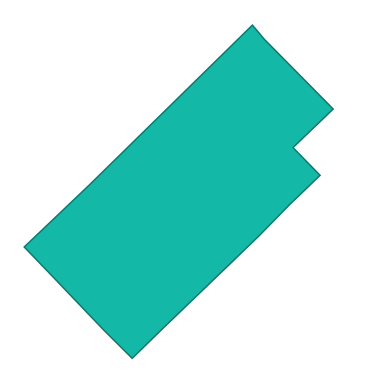 the district of Taylor, Wisconsin, United States of America, rotated 316°
{"feature_id": "52423323B25022971195144", "entity_name": "Taylor", "entity_type": "district", "adm_level": 2, "iso_a3": "USA", "parent_name": "United States of America", "parent_adm1": "Wisconsin", "projection": "robinson", "projection_center": [-90.47, 45.206], "detail": "fine", "context": "isolated", "style": "filled", "palette": "teal", "viewbox_px": 384, "rotation_deg": 316, "n_neighbors": 0, "source": "geoboundaries", "source_scale": "gbopen_adm2", "svg_char_len": 346}
<svg xmlns="http://www.w3.org/2000/svg" viewBox="0 0 384 384"><g transform="rotate(316 192 192)"><path d="M351.2,230.4L350.1,132.4L351.4,113.9L121.9,115.6L33.1,115.0L33.0,153.9L32.6,230.5L33.4,270.1L78.0,269.9L165.8,270.1L210.4,270.1L253.2,268.9L295.7,269.0L295.5,230.2L351.2,230.4Z" fill="#14b8a6" stroke="#0f766e" stroke-width="1.5"/></g></svg>